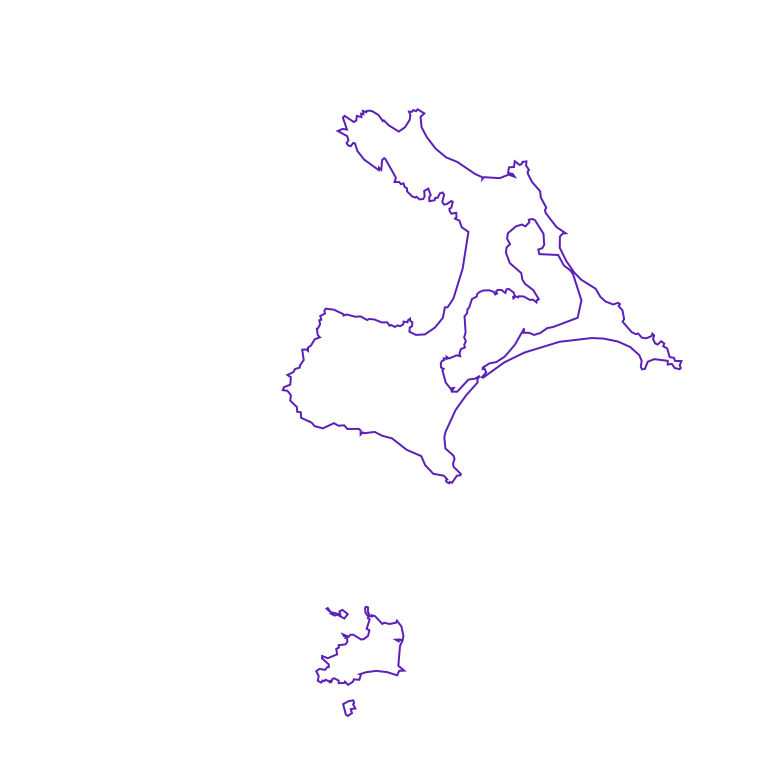 Chatham Islands Territory, New Zealand (Equal Earth projection), rotated 46°
{"feature_id": "76426892B18906871273548", "entity_name": "Chatham Islands Territory", "entity_type": "district", "adm_level": 2, "iso_a3": "NZL", "parent_name": "New Zealand", "parent_adm1": "", "projection": "equal_earth", "projection_center": [-176.482, -44.024], "detail": "fine", "context": "isolated", "style": "outline", "palette": "violet", "viewbox_px": 768, "rotation_deg": 46, "n_neighbors": 0, "source": "geoboundaries", "source_scale": "gbopen_adm2", "svg_char_len": 6169}
<svg xmlns="http://www.w3.org/2000/svg" viewBox="0 0 768 768"><g transform="rotate(46 384 384)"><path d="M322.8,126.9L320.4,130.1L321.4,131.6L320.8,134.2L314.6,135.2L318.2,139.8L315.0,143.5L318.2,148.1L322.6,145.5L325.7,146.1L319.9,149.0L316.4,157.7L304.7,168.4L304.9,170.8L304.0,169.5L296.2,172.6L275.3,177.0L264.1,181.9L250.6,183.4L236.0,181.7L225.4,178.6L217.2,172.1L217.4,167.0L209.8,169.0L210.0,171.4L207.3,172.7L207.5,175.0L205.4,176.8L209.0,178.3L211.9,182.2L213.9,190.5L212.7,198.0L201.1,200.9L194.2,201.0L194.1,202.2L186.6,201.1L179.8,202.9L177.2,204.6L175.5,207.1L176.2,208.0L172.9,209.5L175.7,211.4L173.7,212.7L176.3,214.8L172.3,217.3L175.2,221.0L174.6,223.7L163.8,226.1L163.8,228.5L175.2,233.9L171.8,236.6L169.9,241.5L180.2,238.3L184.0,240.3L184.7,243.5L187.2,244.1L189.8,242.8L189.2,238.6L190.9,237.8L197.9,241.3L208.7,242.4L226.6,239.2L224.9,237.4L228.0,237.2L221.6,229.7L221.7,227.0L223.0,226.7L243.8,232.1L246.0,236.1L249.4,232.7L251.9,233.1L253.2,230.6L256.5,232.2L259.2,231.6L261.5,233.6L268.7,233.4L271.5,232.1L271.9,230.6L276.0,230.1L278.1,227.4L277.4,224.6L273.1,221.0L274.2,216.4L280.6,219.2L281.1,221.9L284.0,224.3L287.0,219.9L285.7,217.9L287.3,216.1L285.7,211.4L287.0,208.8L289.6,209.3L293.5,215.6L296.6,216.2L298.2,213.9L299.1,208.5L300.7,208.0L303.9,213.0L303.4,215.3L305.5,216.8L308.4,217.1L311.0,213.1L314.2,215.8L314.4,218.1L318.7,216.2L325.2,219.2L333.2,217.6L355.6,247.2L370.7,274.6L373.0,284.9L371.2,287.0L377.3,295.7L378.8,308.1L376.8,320.0L370.9,326.9L364.1,329.4L361.2,326.2L361.9,323.7L359.3,320.7L357.1,321.3L355.1,319.9L354.8,322.7L355.9,324.2L352.7,326.6L354.4,328.5L353.7,332.2L351.3,333.5L350.5,336.6L346.4,337.9L345.9,339.5L342.0,338.8L338.0,342.9L330.7,346.2L326.8,349.7L326.3,351.7L319.2,353.8L315.7,357.9L308.0,362.6L306.7,365.5L305.5,364.7L295.8,368.4L289.3,373.6L289.8,375.9L292.3,377.6L290.8,382.6L294.2,384.5L293.2,386.3L296.6,388.4L298.1,392.7L297.5,393.9L302.9,397.7L305.9,397.7L303.7,402.8L305.6,409.7L305.0,413.4L307.4,415.6L305.0,416.0L302.5,419.0L311.0,425.1L312.3,431.7L313.7,433.2L311.4,437.6L312.5,441.0L310.4,447.2L314.4,446.3L319.4,451.9L316.8,458.1L318.1,461.1L321.8,458.2L327.3,458.7L330.8,463.0L340.0,462.7L343.7,465.7L346.5,463.5L350.8,467.1L361.5,462.9L366.1,463.2L373.5,458.7L377.4,447.2L382.3,445.8L386.1,441.3L390.9,441.6L398.8,433.3L401.2,433.1L404.1,435.9L404.1,432.8L405.5,432.6L412.0,424.0L420.1,421.2L428.7,416.0L447.1,413.4L461.8,407.3L471.1,410.8L482.9,410.9L491.4,404.7L496.5,404.7L496.3,406.4L498.0,407.1L500.6,406.1L500.1,404.8L502.3,403.7L500.6,395.3L502.8,392.3L502.1,391.2L492.0,391.5L489.2,389.6L486.8,385.2L483.9,383.8L473.0,384.6L464.2,377.6L461.2,373.0L452.4,350.5L449.2,332.8L447.9,315.6L445.4,313.5L444.8,309.3L443.4,314.7L439.5,320.2L440.4,336.6L436.7,340.5L433.9,339.3L435.8,338.7L435.3,336.6L433.4,339.3L425.8,338.6L414.6,332.4L414.6,330.6L411.7,331.5L408.5,328.7L407.6,326.1L408.6,324.1L407.1,323.2L409.4,321.4L407.8,320.1L410.8,319.5L413.9,311.7L416.9,309.9L414.4,308.4L412.3,304.4L413.9,300.4L411.5,299.0L410.1,295.4L406.2,294.0L403.6,289.5L391.2,279.0L390.9,275.2L388.2,272.0L388.2,269.8L384.0,261.7L385.5,256.6L384.1,254.6L384.1,251.6L385.7,247.6L389.7,243.2L393.8,241.1L396.9,241.8L397.4,239.7L395.3,239.2L395.3,236.9L398.0,234.2L402.8,233.4L401.0,230.1L402.2,228.2L408.0,227.2L411.5,228.6L411.0,230.6L412.4,231.4L412.5,228.3L414.9,227.3L414.5,226.1L418.1,222.7L425.0,220.6L426.8,218.2L431.2,217.6L429.9,215.8L430.6,213.8L420.3,211.4L409.9,213.0L404.9,211.9L399.6,208.2L384.4,209.5L374.1,205.0L370.9,200.9L371.0,196.2L364.9,194.5L361.6,190.1L362.2,179.6L365.1,174.0L368.8,172.8L368.6,167.0L366.4,165.7L368.3,162.7L371.0,161.6L386.7,164.9L395.1,172.0L396.2,175.8L394.5,179.6L398.4,182.1L412.2,169.1L423.8,172.3L431.8,171.0L436.7,171.9L461.0,183.9L470.9,198.7L460.3,223.1L457.2,227.7L455.9,236.0L453.0,241.9L447.8,244.2L444.1,248.0L441.4,244.6L446.7,262.7L448.2,278.1L446.3,287.8L442.4,293.9L440.8,301.4L441.8,302.7L442.8,301.1L446.6,302.3L447.2,308.9L448.3,308.3L452.0,282.4L458.9,261.2L475.6,228.4L495.1,202.8L503.6,194.7L515.8,186.3L528.4,181.2L540.6,180.3L546.4,182.6L549.8,187.1L552.6,188.3L554.4,185.9L551.2,178.7L553.9,172.3L564.4,163.8L567.1,166.4L569.5,163.0L574.5,163.8L578.7,161.0L578.6,159.4L576.0,158.3L574.1,154.1L569.6,158.6L566.7,157.2L563.0,159.8L555.2,155.6L550.8,156.9L549.6,154.3L545.8,154.9L545.7,159.8L543.1,160.7L538.7,159.3L536.7,155.9L534.2,156.0L535.4,158.3L533.2,163.7L529.8,166.3L524.2,166.1L523.1,168.2L519.0,169.8L504.9,169.1L504.1,166.2L496.7,161.3L490.9,161.1L490.5,158.8L488.2,159.2L486.0,163.9L478.6,167.3L471.6,167.8L462.5,165.6L446.0,169.7L435.8,169.7L421.9,167.4L408.0,162.9L400.2,155.1L399.9,151.0L401.8,148.6L391.0,150.9L373.3,148.9L370.8,147.5L369.8,144.8L358.7,141.6L353.8,137.8L341.6,137.2L332.8,134.5L330.9,133.0L330.8,131.0L325.6,130.1L322.8,126.9ZM570.5,539.9L563.2,539.1L564.1,541.0L560.5,546.7L555.8,549.8L555.4,551.9L544.8,551.7L542.1,553.3L542.9,554.0L541.5,555.3L537.0,554.0L533.7,550.7L531.9,551.5L531.9,553.1L535.5,556.1L539.1,556.8L540.4,555.6L541.2,558.3L543.4,557.8L548.0,566.5L551.1,565.6L554.1,570.5L553.5,575.7L552.0,577.9L542.9,580.3L541.0,582.5L541.4,584.9L535.5,587.5L537.7,588.0L540.3,586.0L540.2,587.8L541.2,587.1L544.1,589.6L544.5,592.6L540.4,598.1L542.3,599.5L541.4,602.4L545.9,605.5L542.2,614.9L536.7,617.5L538.3,619.2L547.4,618.5L549.3,620.4L548.3,621.4L548.8,624.8L544.1,628.4L543.5,632.3L548.7,633.8L551.5,637.8L555.0,636.7L554.7,634.1L556.2,633.4L556.1,631.5L560.2,630.0L559.6,628.3L561.0,630.1L561.8,629.0L560.3,625.9L561.3,624.1L565.9,622.7L567.7,624.4L571.5,620.3L571.0,618.9L575.5,618.8L576.6,613.1L575.5,610.9L579.6,607.2L576.9,602.3L576.1,602.8L578.7,597.4L585.0,588.8L593.6,581.8L602.7,576.9L600.9,572.3L604.2,568.6L596.6,569.4L583.6,554.5L581.3,548.8L577.9,551.3L579.2,552.3L576.1,553.2L578.6,550.2L581.3,548.6L578.8,545.1L570.5,539.9ZM590.2,625.9L587.6,629.7L585.9,635.8L595.3,641.1L597.6,640.6L598.5,635.7L594.8,633.8L597.5,630.0L592.9,628.7L592.7,627.1L590.2,625.9ZM524.4,569.9L517.6,570.8L516.7,574.0L519.4,575.6L512.2,580.1L512.2,581.8L516.4,580.3L517.5,577.8L525.1,575.5L524.4,569.9ZM511.1,580.9L506.1,580.1L505.8,581.4L511.1,580.9Z" fill="none" stroke="#5b21b6" stroke-width="2"/></g></svg>